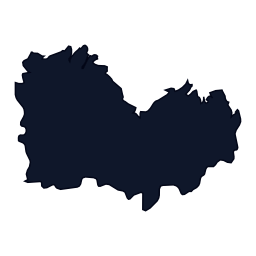 the border of Côtes-d'Armor
{"feature_id": "FRA-5283", "entity_name": "Côtes-d'Armor", "entity_type": "Metropolitan department", "adm_level": 1, "iso_a3": "FRA", "parent_name": "France", "parent_adm1": "", "projection": "mercator", "projection_center": [-2.816, 48.456], "detail": "fine", "context": "isolated", "style": "filled", "palette": "ink", "viewbox_px": 256, "rotation_deg": 0, "n_neighbors": 0, "source": "natural_earth", "source_scale": "10m", "svg_char_len": 3656}
<svg xmlns="http://www.w3.org/2000/svg" viewBox="0 0 256 256"><path d="M15.4,82.6L18.6,83.6L22.4,83.6L24.2,82.6L22.9,78.0L22.4,75.0L22.9,73.7L29.7,72.4L27.8,71.2L23.3,65.6L22.8,62.3L24.1,60.7L27.9,58.9L30.7,53.8L31.4,52.2L32.2,52.2L33.4,53.2L37.6,53.4L42.1,56.1L43.9,56.2L43.1,56.8L42.8,57.4L42.5,58.0L42.1,58.9L45.1,59.2L46.7,59.0L47.9,58.3L49.2,56.6L50.1,56.0L61.1,51.9L62.6,50.7L63.5,50.7L64.7,51.0L68.6,46.2L70.7,46.7L71.5,49.5L71.5,53.4L70.5,56.9L68.8,58.9L69.0,59.8L69.1,60.4L69.8,61.6L70.3,59.1L71.3,57.2L75.2,52.4L78.4,49.6L79.6,48.1L80.9,48.8L83.4,45.8L85.0,45.3L86.6,46.4L87.5,48.2L87.6,50.2L86.7,52.2L86.7,53.4L88.5,54.9L87.5,56.5L85.8,61.6L85.0,63.2L82.2,66.9L82.2,68.4L83.2,68.4L87.5,59.5L90.0,55.7L92.1,56.2L93.4,55.1L94.8,54.8L96.2,55.1L97.5,56.2L96.5,57.6L97.0,57.8L97.3,57.8L97.4,58.0L97.5,58.9L96.2,59.3L95.2,59.9L93.0,61.6L93.0,62.9L94.7,64.3L98.1,65.6L104.7,65.9L107.2,66.9L107.1,68.6L107.1,69.7L107.2,71.1L106.0,72.1L105.5,72.4L105.5,73.7L107.4,74.9L109.7,77.0L111.7,79.3L112.6,81.3L121.1,88.6L122.4,94.5L122.9,96.1L123.1,97.1L122.7,98.0L122.4,99.0L122.9,100.2L123.5,100.8L125.2,101.7L128.3,104.0L135.8,107.7L135.4,109.4L134.9,110.8L134.1,111.9L133.1,112.9L134.6,113.0L135.9,113.7L137.0,114.9L138.1,116.3L139.9,117.8L140.2,116.0L140.2,113.2L140.7,111.7L145.9,112.0L148.0,111.0L150.5,108.3L153.6,103.4L154.6,102.2L156.0,101.1L158.3,100.3L167.1,94.8L168.9,92.8L168.9,91.4L167.8,91.3L165.3,90.1L171.1,88.3L173.9,88.7L175.1,91.4L178.5,90.1L182.4,87.5L185.8,84.1L187.6,80.5L188.1,82.8L189.0,84.2L190.3,84.8L192.0,84.6L192.0,86.0L191.1,86.8L190.5,87.8L190.0,89.0L189.4,90.1L185.8,94.1L188.1,96.0L190.5,94.3L193.1,91.5L196.1,90.1L196.7,91.1L197.4,95.7L197.9,96.8L199.3,97.5L200.2,99.2L200.7,101.4L200.9,103.5L202.4,102.7L203.3,101.2L203.7,99.2L203.7,96.8L204.2,99.7L204.9,102.1L206.1,103.3L208.1,102.2L208.1,100.8L207.5,100.6L206.4,99.6L207.8,97.4L209.3,96.2L210.9,96.4L212.6,98.1L211.7,96.9L211.0,95.6L209.9,92.8L215.7,90.7L222.0,90.1L222.3,91.0L225.0,96.1L225.2,98.2L225.9,100.1L227.0,101.6L228.7,102.2L228.1,104.1L227.7,104.9L231.1,110.0L231.8,112.6L231.3,116.9L232.6,115.5L236.7,112.9L235.5,112.1L237.4,109.7L238.5,110.8L240.5,118.9L240.6,121.7L239.4,124.9L236.1,130.1L235.0,133.4L235.1,134.8L237.5,146.3L237.7,147.8L237.0,149.5L236.0,150.0L234.8,150.0L233.8,150.6L233.3,152.3L233.9,156.6L233.8,158.8L231.1,162.7L227.4,162.2L223.6,160.3L220.2,159.8L217.1,162.1L215.4,164.7L213.5,166.5L207.9,166.5L206.6,167.5L205.7,169.2L204.5,174.0L203.7,175.0L201.3,176.5L200.4,178.4L199.5,183.3L198.6,185.4L196.6,187.5L192.9,189.6L191.3,191.4L188.9,191.4L184.5,194.3L182.4,194.5L181.3,193.5L179.1,188.4L177.8,186.9L176.4,185.8L173.4,184.8L162.7,185.3L160.5,186.1L159.3,189.0L159.2,195.2L158.7,197.9L157.2,200.8L150.2,207.9L145.6,210.7L142.8,209.5L142.9,193.3L141.2,192.2L133.7,195.0L129.9,198.9L128.5,199.2L127.3,197.9L125.1,192.2L123.1,190.9L118.1,189.9L109.3,184.5L105.8,184.0L100.2,186.2L98.6,186.1L97.9,184.9L97.1,180.3L96.4,178.8L93.7,177.6L85.4,176.9L82.5,177.9L81.6,179.5L80.6,183.9L79.3,186.0L77.3,187.0L60.5,189.3L57.0,188.1L55.7,186.8L55.0,185.4L54.2,184.6L52.4,184.8L46.9,187.6L43.9,188.0L41.8,186.0L41.7,184.7L41.7,183.6L41.6,182.6L41.0,181.7L40.1,181.5L27.8,182.3L24.9,181.2L27.8,179.7L26.4,174.1L27.5,170.3L29.5,166.8L30.4,162.4L30.1,160.4L26.7,153.4L26.1,151.6L25.3,145.7L24.7,144.4L23.8,143.4L22.7,142.6L19.2,141.2L18.6,140.7L18.5,137.9L18.7,136.7L19.2,135.7L20.4,135.1L23.3,135.2L24.6,134.6L25.7,133.2L26.3,131.3L26.2,129.2L25.4,127.4L24.3,126.6L21.7,126.0L20.7,124.8L20.8,122.1L23.7,116.8L24.6,114.2L24.5,111.6L24.1,109.3L23.2,107.3L17.4,100.0L16.2,97.7L15.4,94.6L15.4,82.6Z" fill="#0f172a" stroke="#020617" stroke-width="1.5"/></svg>